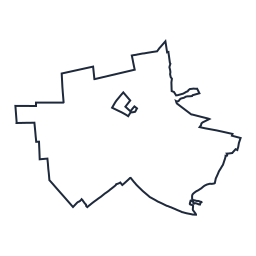 the district of Vinga, Arad, Romania
{"feature_id": "2599482B39713020379937", "entity_name": "Vinga", "entity_type": "district", "adm_level": 2, "iso_a3": "ROU", "parent_name": "Romania", "parent_adm1": "Arad", "projection": "orthographic", "projection_center": [21.198, 46.036], "detail": "fine", "context": "isolated", "style": "outline", "palette": "slate", "viewbox_px": 256, "rotation_deg": 0, "n_neighbors": 0, "source": "geoboundaries", "source_scale": "gbopen_adm2", "svg_char_len": 4992}
<svg xmlns="http://www.w3.org/2000/svg" viewBox="0 0 256 256"><path d="M84.8,203.4L85.2,203.8L86.0,204.6L86.1,204.8L86.1,205.1L86.1,205.3L86.1,205.7L86.1,205.8L86.2,206.0L86.4,206.3L87.3,207.1L88.5,206.0L90.1,204.8L91.4,203.7L92.8,202.6L94.4,201.4L96.5,199.9L98.2,198.6L99.5,197.7L100.7,196.9L102.3,195.6L102.9,195.1L103.8,194.4L104.6,193.7L106.1,192.7L107.8,191.5L109.5,190.2L109.8,189.9L110.1,189.6L110.4,189.4L110.7,189.2L111.5,188.6L112.1,188.1L113.9,186.7L115.8,185.1L116.0,184.5L116.1,184.3L116.5,184.1L117.3,183.9L118.9,183.3L120.3,182.5L121.2,183.7L122.3,185.0L122.8,184.6L124.3,183.3L127.4,180.5L129.2,178.8L130.0,178.0L130.7,177.9L130.9,178.2L131.5,178.9L132.7,180.4L133.8,181.8L135.0,183.1L136.3,184.7L137.4,185.8L138.8,187.2L140.9,189.2L142.2,190.5L143.3,191.5L144.5,192.5L146.5,194.2L148.4,195.8L149.6,196.9L149.7,197.0L151.2,197.8L155.4,200.1L157.2,201.2L157.7,201.5L160.6,202.8L162.5,203.7L164.9,204.9L166.7,205.8L167.9,206.1L170.0,207.0L171.0,207.3L172.8,208.1L175.2,209.1L177.4,210.1L180.6,211.4L182.2,212.2L182.3,212.2L182.7,212.2L184.4,212.7L186.7,213.3L188.3,213.6L191.3,214.2L192.4,214.5L195.8,214.7L196.0,214.7L196.0,214.4L195.4,213.4L194.9,212.7L193.7,211.1L193.0,210.2L192.8,209.6L192.9,208.2L193.0,207.0L193.1,206.0L193.0,205.6L192.9,205.4L192.5,205.2L191.9,205.0L191.3,204.7L190.5,204.6L190.0,204.3L189.8,204.0L189.8,203.7L190.0,203.2L190.0,202.7L190.2,202.1L190.5,201.0L190.6,200.6L190.9,200.5L191.3,200.5L191.7,200.9L192.1,201.2L192.6,201.4L193.1,201.8L193.3,202.3L193.4,202.5L193.3,203.0L193.4,203.3L193.8,203.5L194.3,203.6L194.6,203.4L194.9,203.2L195.5,203.2L196.6,203.5L197.5,203.8L198.4,204.2L198.8,204.4L199.5,204.5L200.0,204.5L200.1,204.1L200.3,203.6L200.3,203.2L200.6,202.8L200.8,202.6L201.3,202.3L201.5,202.2L201.4,201.9L200.8,201.8L200.1,201.6L199.3,201.3L198.5,201.0L197.8,200.9L196.9,201.0L196.3,200.8L195.8,200.7L195.2,200.5L194.7,200.3L194.0,200.3L193.2,200.1L192.8,199.8L192.3,199.2L192.1,198.5L192.1,197.7L192.1,196.8L192.1,195.9L192.3,195.1L192.5,194.5L193.0,193.9L193.5,193.4L194.2,192.8L194.6,192.5L195.4,191.9L196.5,191.1L197.3,190.8L198.2,190.3L199.3,189.6L200.0,189.1L201.2,188.4L202.7,187.1L204.1,186.0L204.7,185.6L207.0,184.5L208.9,184.0L210.0,183.7L211.2,183.9L212.2,183.8L213.0,183.7L214.4,183.4L214.8,183.1L215.1,181.7L215.6,179.4L215.6,179.2L215.8,178.4L215.9,178.2L216.6,176.7L217.6,174.5L217.9,173.8L218.1,173.4L218.5,172.3L219.0,171.2L220.5,168.8L222.1,166.1L222.9,164.9L223.0,164.7L223.4,163.5L224.2,161.0L224.8,159.3L225.4,157.2L225.5,156.6L225.6,156.0L225.6,155.7L226.4,155.8L226.8,155.7L227.1,155.6L227.1,155.4L227.1,155.0L227.1,154.8L227.2,154.6L227.2,154.3L227.1,153.9L226.9,153.6L228.5,153.5L231.1,153.2L232.2,153.0L232.3,153.0L232.5,152.7L233.0,152.1L235.6,149.2L237.3,150.0L237.5,149.2L238.2,147.1L238.9,143.0L240.6,138.0L231.9,135.7L232.5,133.9L229.2,133.2L223.0,131.8L216.6,130.4L205.1,128.3L199.6,127.1L200.5,125.9L201.0,125.3L201.4,123.5L201.9,123.0L202.6,122.4L204.0,121.7L209.4,119.0L209.2,118.9L207.5,118.4L201.1,116.8L192.1,114.5L191.6,114.5L190.9,114.2L190.2,113.6L177.0,103.6L176.5,102.8L176.0,101.1L176.5,101.4L178.3,101.2L178.8,100.8L179.8,99.4L180.8,98.6L182.2,98.2L183.5,97.9L184.3,97.6L185.7,96.7L187.6,96.3L189.4,96.3L190.9,96.2L192.1,96.0L192.6,95.2L199.4,93.3L198.1,90.6L197.1,88.7L196.9,88.7L196.3,88.8L194.6,88.7L193.5,88.6L192.1,88.8L190.3,89.0L190.0,89.0L188.6,90.0L187.6,91.4L186.5,91.7L183.3,93.6L177.6,95.2L176.1,95.4L174.0,92.0L171.7,91.1L171.6,89.3L171.4,82.4L171.9,78.7L170.7,77.1L170.1,74.2L170.2,73.5L170.4,72.1L170.1,69.9L169.4,67.2L169.7,66.0L170.4,63.7L169.9,62.9L168.9,55.6L168.4,52.2L168.4,51.9L168.2,51.9L167.1,52.3L165.9,44.4L165.4,41.3L162.7,44.4L160.1,47.4L159.5,48.0L157.1,51.3L151.6,52.1L151.2,52.2L148.0,52.7L145.2,53.2L144.1,53.4L142.7,53.5L140.0,54.0L138.6,54.3L137.8,54.4L136.1,54.8L133.3,55.2L131.8,55.5L131.9,55.9L132.3,57.9L132.8,60.4L133.3,63.0L133.9,65.9L134.7,69.7L94.7,79.1L94.4,79.1L93.1,66.6L61.7,73.5L62.4,87.1L62.8,92.5L63.6,102.3L63.5,102.5L63.3,102.6L63.0,102.6L61.3,102.6L36.0,102.6L36.0,105.9L36.0,106.0L15.4,105.9L16.6,121.8L16.5,123.0L22.1,122.9L27.1,122.8L27.5,122.8L29.8,122.8L34.4,122.7L34.8,126.8L35.3,132.0L35.7,136.6L36.0,139.4L36.2,141.8L36.7,141.8L38.4,141.7L38.7,141.7L39.0,141.7L39.2,146.8L39.4,151.0L39.7,159.3L44.0,158.9L47.4,158.6L47.9,163.6L48.3,168.9L48.8,173.3L49.4,180.2L49.9,180.7L53.2,184.4L55.0,186.5L56.4,188.1L60.8,193.1L61.7,194.1L65.3,198.2L73.0,207.0L77.1,202.7L77.6,202.3L77.9,202.1L78.4,201.8L78.8,201.7L79.2,201.5L79.6,201.2L80.0,201.0L80.4,200.6L81.1,199.9L81.6,199.2L82.5,200.1L83.1,201.1L83.3,201.3L84.8,203.4ZM125.4,106.7L130.4,111.3L132.4,108.8L134.4,106.4L135.7,107.4L137.0,108.4L136.4,109.4L135.2,111.7L134.6,111.9L133.1,112.2L130.5,112.5L128.2,116.2L126.4,115.0L124.5,113.9L121.4,112.2L118.0,110.6L113.1,108.2L112.1,107.7L113.2,105.8L114.7,103.2L115.9,101.3L116.8,100.1L118.4,98.2L120.6,95.5L122.6,93.2L123.3,92.4L123.7,92.9L129.0,99.1L130.2,100.5L129.2,101.8L125.4,106.7Z" fill="none" stroke="#1e293b" stroke-width="2"/></svg>